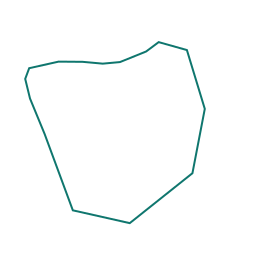 outline of Yevlakh, rotated 250°
{"feature_id": "AZE-5566", "entity_name": "Yevlakh", "entity_type": "Municipality", "adm_level": 1, "iso_a3": "AZE", "parent_name": "Azerbaijan", "parent_adm1": "", "projection": "equal_earth", "projection_center": [47.164, 40.605], "detail": "fine", "context": "isolated", "style": "outline", "palette": "teal", "viewbox_px": 256, "rotation_deg": 250, "n_neighbors": 0, "source": "natural_earth", "source_scale": "10m", "svg_char_len": 347}
<svg xmlns="http://www.w3.org/2000/svg" viewBox="0 0 256 256"><g transform="rotate(250 128 128)"><path d="M189.2,46.0L209.3,48.2L218.0,55.6L214.1,85.5L205.7,108.0L197.1,126.3L192.7,143.0L193.7,171.2L198.2,186.2L181.1,210.0L119.7,206.7L63.5,173.1L38.0,97.1L69.5,48.0L150.8,47.6L189.2,46.0Z" fill="none" stroke="#0f766e" stroke-width="2"/></g></svg>